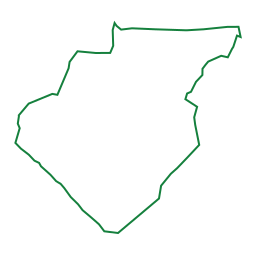 Remo North, Ogun, Nigeria (Albers equal-area conic projection)
{"feature_id": "59680162B54973397451304", "entity_name": "Remo North", "entity_type": "district", "adm_level": 2, "iso_a3": "NGA", "parent_name": "Nigeria", "parent_adm1": "Ogun", "projection": "albers", "projection_center": [3.74, 7.002], "detail": "fine", "context": "isolated", "style": "outline", "palette": "green", "viewbox_px": 256, "rotation_deg": 0, "n_neighbors": 0, "source": "geoboundaries", "source_scale": "gbopen_adm2", "svg_char_len": 858}
<svg xmlns="http://www.w3.org/2000/svg" viewBox="0 0 256 256"><path d="M238.5,26.8L236.6,26.8L236.0,26.9L227.2,26.9L203.5,29.3L186.5,30.3L155.2,29.3L132.0,28.3L121.1,29.6L116.6,25.9L114.6,23.0L112.7,30.0L113.2,45.8L110.2,52.9L95.8,53.0L77.5,51.3L69.6,61.9L68.6,68.3L57.4,94.8L52.3,93.9L28.7,103.6L18.8,115.3L18.9,116.3L17.8,123.6L19.7,128.2L15.4,142.9L21.0,148.7L28.8,154.7L34.5,160.7L39.1,162.9L41.0,166.3L50.5,174.8L56.2,181.2L60.7,183.9L64.2,188.0L70.7,197.0L78.1,204.3L82.6,210.2L91.6,217.8L99.0,224.3L104.3,231.3L118.0,233.0L159.0,198.5L161.1,185.7L170.9,173.7L177.2,168.1L186.9,158.0L199.2,144.9L195.2,124.8L194.2,117.3L197.1,106.8L185.4,99.2L187.1,93.5L191.0,91.8L196.0,81.8L202.4,75.0L202.5,68.8L205.6,64.7L208.2,61.6L221.2,55.8L227.8,57.3L232.0,48.9L233.3,46.9L237.0,35.6L240.6,37.0L238.5,26.8Z" fill="none" stroke="#15803d" stroke-width="2"/></svg>